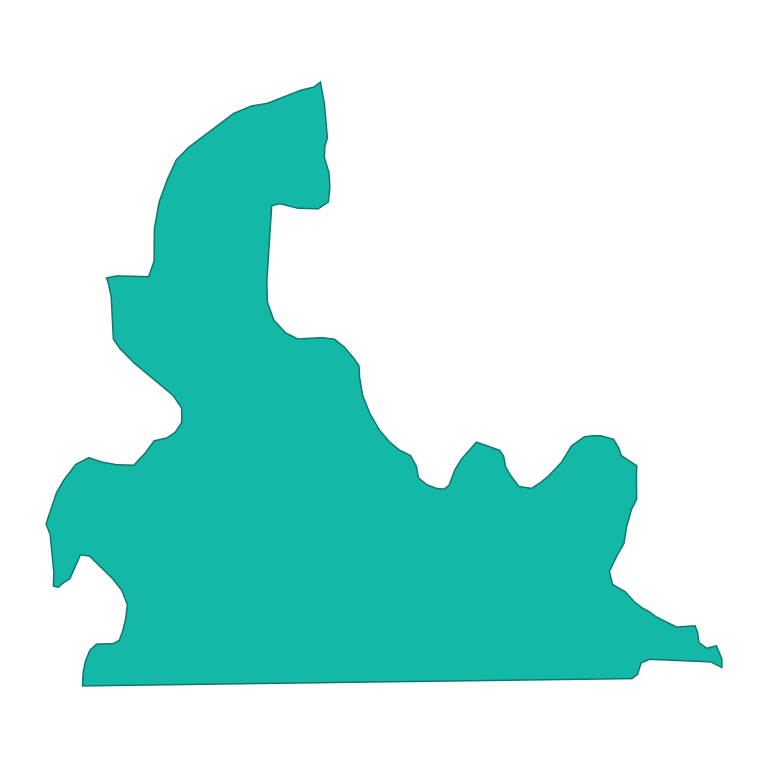 outline of Sissili
{"feature_id": "BFA-2820", "entity_name": "Sissili", "entity_type": "Province", "adm_level": 1, "iso_a3": "BFA", "parent_name": "Burkina Faso", "parent_adm1": "", "projection": "equal_earth", "projection_center": [-2.182, 11.448], "detail": "fine", "context": "isolated", "style": "filled", "palette": "teal", "viewbox_px": 768, "rotation_deg": 0, "n_neighbors": 0, "source": "natural_earth", "source_scale": "10m", "svg_char_len": 1849}
<svg xmlns="http://www.w3.org/2000/svg" viewBox="0 0 768 768"><path d="M721.9,667.5L717.0,665.0L711.0,661.9L649.6,659.3L641.1,662.9L637.6,674.3L631.9,678.6L556.4,679.6L450.1,681.0L340.7,682.4L223.1,684.0L128.2,685.3L82.6,685.9L82.8,679.0L83.3,671.7L85.6,660.7L89.8,650.4L96.5,644.1L112.9,643.7L119.3,640.4L122.8,630.8L125.7,618.6L127.4,604.6L121.8,590.3L112.5,578.6L89.6,556.1L80.4,554.8L69.8,578.8L63.8,582.6L58.2,587.3L53.4,586.0L53.9,572.7L50.1,534.4L46.1,524.0L48.0,517.9L56.6,492.5L64.0,479.8L75.8,464.4L88.8,457.7L101.8,462.1L116.4,464.7L133.7,465.3L145.0,453.3L154.2,440.8L166.7,438.0L175.2,432.3L181.8,422.3L181.6,408.0L173.2,395.5L133.9,362.8L120.2,348.9L113.4,339.1L111.2,296.6L108.2,282.7L106.5,277.9L117.1,275.9L148.6,276.7L154.1,261.2L154.4,228.5L159.1,202.2L167.5,179.1L176.4,159.8L188.4,147.5L233.7,113.4L251.4,106.0L267.1,103.4L301.2,90.1L313.8,87.1L320.4,82.1L324.4,103.7L327.4,137.9L324.9,146.1L324.3,157.3L329.0,172.8L329.8,187.8L328.4,201.9L318.2,208.8L297.8,208.2L279.9,203.7L271.7,205.7L266.8,282.1L267.4,302.2L273.8,320.1L285.8,333.1L298.0,339.0L321.7,337.6L334.4,339.2L344.2,347.0L353.3,357.7L358.9,365.6L359.2,368.7L359.6,377.5L362.7,395.6L370.2,414.3L379.7,430.5L389.6,442.0L399.2,450.0L410.4,455.5L416.3,466.1L418.5,477.8L426.5,484.6L436.2,488.3L444.2,489.2L449.1,485.2L454.9,469.7L461.8,458.7L476.5,442.1L499.6,450.3L503.6,456.2L505.7,467.1L510.6,475.5L518.9,486.5L531.4,488.4L540.2,482.8L548.1,476.4L561.7,462.1L571.4,446.0L584.4,436.8L593.3,435.7L600.8,435.8L613.6,439.3L618.9,448.3L621.3,455.5L636.9,465.9L636.4,472.5L636.6,499.4L631.5,509.3L626.6,526.8L623.9,543.6L617.1,555.3L609.4,571.5L612.5,584.4L625.0,591.6L634.3,601.8L642.2,608.0L648.9,611.5L655.7,616.6L676.6,627.1L695.0,625.8L697.6,632.4L698.9,642.5L706.7,648.3L716.4,645.8L721.8,658.8L721.9,667.5Z" fill="#14b8a6" stroke="#0f766e" stroke-width="1.5"/></svg>